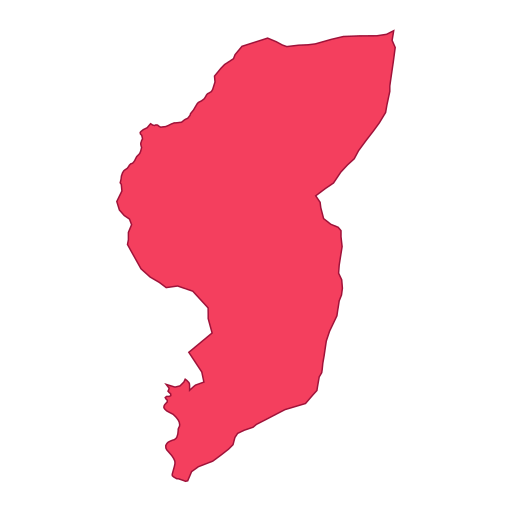 outline of Biru, Samchi, Bhutan
{"feature_id": "84629894B29308983401378", "entity_name": "Biru", "entity_type": "district", "adm_level": 2, "iso_a3": "BTN", "parent_name": "Bhutan", "parent_adm1": "Samchi", "projection": "mercator", "projection_center": [88.902, 27.058], "detail": "fine", "context": "isolated", "style": "filled", "palette": "rose", "viewbox_px": 512, "rotation_deg": 0, "n_neighbors": 0, "source": "geoboundaries", "source_scale": "gbopen_adm2", "svg_char_len": 3156}
<svg xmlns="http://www.w3.org/2000/svg" viewBox="0 0 512 512"><path d="M393.7,30.7L386.6,34.3L376.8,35.8L359.3,35.9L343.4,36.5L331.2,39.4L315.3,43.9L308.0,44.8L298.6,45.2L286.8,46.6L282.3,45.0L276.2,41.7L267.6,38.1L261.1,40.2L242.0,46.3L235.1,54.6L233.5,58.7L224.6,64.5L221.0,68.2L214.5,76.1L215.0,82.0L212.7,89.3L212.0,90.6L211.2,91.7L209.2,92.9L207.6,93.7L206.6,94.8L205.2,97.3L204.2,98.8L201.6,100.8L199.6,101.8L198.4,102.4L197.2,103.7L195.0,107.4L193.5,110.0L191.7,112.2L190.5,113.7L190.1,115.3L187.7,118.3L185.6,119.2L184.3,120.0L183.2,120.9L181.4,122.3L179.7,122.4L178.3,122.6L175.5,122.9L174.1,122.9L172.7,123.5L171.5,123.9L168.3,125.5L165.6,126.6L162.6,126.9L160.7,127.2L158.9,126.2L157.6,125.1L155.9,124.9L154.5,125.5L152.7,125.1L150.6,123.7L149.3,125.2L147.2,127.7L145.0,128.8L143.3,129.6L141.1,131.4L140.2,132.4L140.4,133.9L141.7,135.3L142.3,137.7L142.5,139.1L141.7,140.3L141.3,141.7L140.8,143.1L140.8,144.4L141.1,145.9L141.6,147.4L141.3,148.8L140.7,151.1L139.7,153.5L138.8,154.5L136.7,156.6L135.5,158.9L134.7,160.6L133.7,162.0L132.5,163.3L130.8,163.8L129.3,165.3L128.7,166.4L127.3,168.3L124.9,169.9L123.8,170.8L122.5,172.9L122.1,174.1L121.4,176.1L121.1,179.0L120.2,182.8L121.3,184.4L121.9,191.0L116.8,201.5L119.4,210.0L124.2,215.5L129.5,219.1L131.6,224.7L128.4,232.4L128.4,239.8L127.5,244.5L130.9,250.7L141.0,268.8L150.2,277.1L159.3,282.4L166.2,287.6L177.6,286.0L192.8,291.2L208.1,307.9L208.2,313.8L208.2,315.1L208.2,318.6L212.1,333.0L188.8,352.3L201.8,372.0L203.9,382.1L195.5,385.1L193.5,386.7L189.6,390.3L189.6,385.6L189.4,383.7L188.9,382.6L186.8,380.4L185.2,379.2L183.9,382.0L180.0,385.9L175.0,387.1L166.2,384.4L169.1,388.2L168.7,389.7L168.0,391.2L169.1,392.4L170.7,393.9L170.8,395.6L169.3,396.4L167.8,396.4L166.6,396.4L165.2,397.6L166.0,399.0L167.3,400.2L167.2,402.0L166.3,402.9L164.7,404.7L164.0,406.1L163.9,407.7L164.8,409.1L166.7,410.9L168.7,412.0L173.1,414.3L175.8,416.9L177.1,418.5L178.3,420.2L179.2,422.0L179.7,424.7L179.5,426.3L178.8,427.6L178.2,429.1L178.2,430.5L177.8,434.1L176.9,437.0L176.1,438.3L174.3,439.7L172.5,440.2L171.0,440.8L169.2,441.6L167.9,442.4L166.9,443.5L165.8,445.4L165.8,446.8L165.9,448.1L166.8,449.9L168.4,451.7L171.7,455.5L173.6,458.4L174.8,461.0L175.0,463.1L174.8,464.5L174.3,466.7L173.2,470.7L172.2,474.3L172.3,475.7L173.6,476.9L174.8,477.6L176.7,478.7L178.6,478.8L180.3,479.4L183.5,480.5L185.5,481.3L187.7,480.8L191.6,471.6L198.4,466.7L212.8,461.1L221.2,454.9L228.6,449.1L233.0,444.7L234.9,437.5L237.6,433.4L244.0,430.3L253.1,427.2L256.4,424.4L264.0,420.5L265.2,419.9L276.3,414.1L285.0,409.6L305.5,403.5L312.9,394.9L316.9,390.5L317.6,386.1L319.2,376.9L321.7,372.7L322.2,369.4L322.8,363.3L324.1,355.8L326.3,341.0L329.6,331.1L336.9,315.8L337.8,309.6L338.2,307.3L339.2,300.8L341.5,295.0L342.4,288.2L341.7,279.8L338.6,273.2L339.2,265.0L342.1,246.6L341.0,236.8L341.0,230.7L338.2,227.3L330.8,224.3L323.6,218.6L320.8,207.8L320.1,202.3L315.7,195.8L325.4,188.5L333.5,183.0L340.8,172.1L347.5,164.9L354.2,158.8L358.6,150.6L366.2,140.3L373.3,131.1L379.3,122.9L385.6,112.5L386.9,105.0L389.8,91.4L389.8,85.9L393.0,63.8L393.3,61.8L395.2,47.5L392.1,40.4L393.7,30.7Z" fill="#f43f5e" stroke="#9f1239" stroke-width="1.5"/></svg>